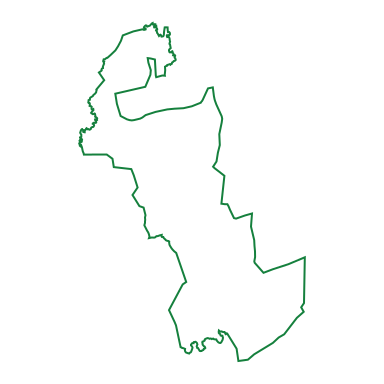 Maiyama, Kebbi, Nigeria
{"feature_id": "59680162B34961354684930", "entity_name": "Maiyama", "entity_type": "district", "adm_level": 2, "iso_a3": "NGA", "parent_name": "Nigeria", "parent_adm1": "Kebbi", "projection": "robinson", "projection_center": [4.24, 12.008], "detail": "fine", "context": "isolated", "style": "outline", "palette": "green", "viewbox_px": 384, "rotation_deg": 0, "n_neighbors": 0, "source": "geoboundaries", "source_scale": "gbopen_adm2", "svg_char_len": 5807}
<svg xmlns="http://www.w3.org/2000/svg" viewBox="0 0 384 384"><path d="M304.8,257.3L288.4,264.2L273.0,269.2L263.5,272.8L254.7,262.8L254.3,261.4L255.1,257.0L255.0,251.3L254.5,246.0L254.2,240.1L251.0,226.6L252.0,213.5L244.9,215.5L236.1,218.6L234.0,218.1L230.0,209.8L228.6,206.4L227.4,204.2L224.8,204.2L221.4,203.7L224.4,175.8L214.5,168.1L213.1,166.7L216.5,161.5L217.9,152.7L219.8,145.1L219.3,134.1L221.7,122.5L222.2,118.8L221.7,116.3L216.3,104.4L214.9,100.5L214.5,99.0L213.9,96.0L212.8,87.4L208.0,88.4L202.8,99.7L202.0,101.1L201.3,101.8L200.8,102.7L191.8,106.3L183.5,108.2L174.6,108.7L167.3,109.4L155.6,111.9L145.6,115.1L142.4,117.5L140.2,118.6L134.0,120.1L131.8,120.4L129.5,120.1L126.9,119.3L120.6,116.0L116.9,103.8L115.3,93.7L145.3,86.8L150.4,74.8L150.8,70.2L148.4,62.7L147.7,58.1L150.7,58.5L154.9,59.5L155.8,75.5L156.2,77.2L162.3,75.5L164.9,75.7L164.7,74.5L164.9,73.3L165.2,70.2L165.0,66.7L166.0,66.1L167.1,65.7L167.2,65.0L168.6,64.6L169.6,64.2L170.4,64.7L170.7,64.1L171.7,63.9L172.1,62.5L173.1,61.9L173.7,61.1L174.8,60.8L175.7,59.9L175.3,58.3L174.9,58.0L174.6,57.6L174.6,56.9L175.2,55.8L174.9,55.2L174.3,55.1L173.5,55.4L173.1,55.3L173.2,54.9L173.5,54.7L173.6,54.2L173.3,53.4L172.8,52.9L172.6,52.3L172.5,51.4L172.3,51.2L171.9,51.4L171.3,52.4L170.3,52.2L169.9,52.4L169.5,52.2L169.4,51.6L169.0,50.9L169.0,50.2L169.2,49.5L170.7,48.1L170.0,44.4L169.5,44.0L169.5,43.3L170.1,41.7L169.8,40.7L169.6,38.7L169.1,37.2L168.6,36.9L167.2,37.1L167.0,36.7L166.8,35.6L167.0,35.2L167.6,35.3L169.5,35.0L169.9,34.5L169.9,33.1L169.4,32.3L169.0,32.0L168.0,32.1L167.7,30.1L167.6,27.4L165.6,27.3L164.7,27.4L164.0,32.2L163.9,34.4L163.7,35.3L163.3,36.2L161.9,36.6L161.5,36.6L161.0,35.2L160.4,34.7L159.7,35.0L159.4,35.6L159.0,36.0L157.6,33.4L157.1,32.9L156.9,31.6L156.5,30.8L156.0,30.5L156.1,30.1L156.7,30.0L157.2,29.6L157.1,28.8L156.5,28.1L156.3,26.3L154.7,27.4L154.2,27.4L154.0,26.8L154.3,26.3L154.9,25.6L155.2,25.0L155.4,24.3L154.9,24.1L153.3,24.7L152.9,24.5L152.7,23.0L151.9,23.4L149.8,25.7L148.2,26.2L147.5,26.6L147.0,26.5L146.5,25.5L145.7,25.4L144.8,26.1L143.9,27.3L144.0,27.7L144.7,28.2L145.3,28.4L145.6,28.6L145.7,29.2L145.6,29.5L144.0,29.9L142.5,29.3L133.4,31.4L122.8,35.4L121.0,40.7L118.1,46.2L115.4,50.4L110.7,54.9L107.3,57.9L106.6,57.9L104.8,59.3L103.7,59.3L103.2,61.0L103.2,61.5L103.6,61.8L104.1,61.8L103.9,62.4L103.9,63.1L104.1,63.8L103.7,64.3L103.5,65.1L102.9,66.5L103.0,68.1L102.2,68.4L101.8,68.8L101.5,69.5L101.7,70.4L101.4,70.8L98.9,72.5L104.2,80.2L96.4,89.5L96.7,90.0L96.4,90.7L96.1,92.4L94.9,93.8L93.4,95.0L92.8,96.1L90.2,97.7L89.8,99.2L89.9,99.7L88.6,100.1L88.4,101.9L88.3,102.5L88.7,103.0L89.5,103.0L89.8,103.4L89.7,104.3L89.9,104.9L89.6,105.9L90.1,106.1L90.6,106.1L91.2,106.3L91.7,106.8L91.5,108.1L91.7,109.3L92.5,109.5L93.3,109.1L93.4,109.6L93.4,110.2L92.2,111.4L91.1,112.9L91.5,113.4L92.0,113.5L92.4,113.9L92.9,114.2L93.9,113.9L94.4,113.5L94.9,113.7L95.3,115.2L95.3,116.0L95.1,116.4L95.2,116.8L95.5,117.0L96.0,117.1L97.1,118.1L97.2,118.5L96.9,119.5L97.0,120.0L96.6,120.1L96.0,119.6L95.2,119.3L95.0,119.7L95.2,120.2L95.9,120.8L96.2,121.9L96.2,122.5L95.7,122.9L95.1,122.9L94.2,122.6L92.8,123.4L92.7,123.8L93.6,124.3L93.9,124.7L94.1,125.3L94.0,125.8L93.4,126.8L92.9,127.0L92.3,127.0L91.2,127.7L90.8,129.0L90.1,129.5L89.6,129.7L88.6,129.1L88.0,129.4L87.5,129.2L86.6,128.2L86.1,128.6L85.8,129.5L85.4,130.0L84.9,130.1L84.1,130.1L84.1,130.7L84.8,131.9L84.7,132.3L83.4,132.0L83.2,131.8L83.2,131.3L83.4,130.8L83.3,130.3L82.6,129.8L82.2,129.1L81.8,129.2L81.2,129.9L80.8,130.6L80.6,131.8L80.2,132.3L80.3,133.1L80.9,134.1L81.3,134.6L81.3,136.9L81.1,137.1L80.0,137.4L80.0,137.7L81.0,138.5L81.3,138.8L81.9,139.2L82.1,139.7L82.0,140.1L81.7,140.5L81.4,140.4L80.4,139.8L80.1,139.8L79.5,140.8L79.7,141.1L80.0,141.2L81.7,141.1L81.8,141.5L81.6,141.9L79.9,142.3L79.2,143.4L79.2,143.7L80.9,144.6L81.4,145.8L81.4,146.1L81.0,146.1L80.4,145.6L80.0,145.4L79.8,145.4L79.8,145.7L80.4,146.3L81.3,146.9L81.9,147.1L82.8,151.4L83.6,153.2L83.9,154.6L106.7,154.5L112.5,158.8L113.8,167.1L131.3,169.1L133.8,175.4L137.6,187.5L132.5,195.0L139.4,206.1L143.6,207.6L145.5,215.2L145.0,217.5L145.2,219.9L145.0,221.4L145.0,222.9L144.5,224.6L144.4,225.4L147.1,230.7L148.2,232.4L148.9,234.2L149.5,236.7L149.0,238.1L151.7,237.5L154.2,237.6L155.2,237.3L156.4,236.2L156.8,236.1L157.8,236.1L159.9,235.3L161.7,234.9L161.5,236.2L161.8,236.9L163.3,237.0L163.6,237.8L164.3,238.6L165.4,239.5L165.7,240.1L166.4,240.5L167.5,240.9L168.4,241.0L169.2,241.5L169.1,242.2L169.4,244.2L169.5,244.8L170.0,245.8L170.8,247.1L171.2,247.8L172.4,249.4L174.2,251.3L176.2,252.9L186.2,282.0L182.7,284.4L169.0,310.1L174.5,321.8L176.0,325.4L180.6,347.2L181.5,347.4L182.1,348.0L183.1,348.1L185.1,348.9L184.9,350.2L185.2,351.5L186.0,352.5L188.2,353.3L189.2,353.5L189.5,352.9L190.6,352.4L191.1,351.9L192.3,348.6L192.5,347.4L191.9,346.3L191.0,345.4L191.0,344.6L192.3,343.1L193.6,343.2L193.8,342.1L195.6,341.8L196.8,342.8L197.4,344.4L196.7,346.3L197.2,347.9L197.9,347.9L199.7,350.9L200.4,351.1L200.8,351.0L201.6,351.0L202.0,350.5L203.3,350.0L203.7,349.4L203.8,348.8L204.7,348.6L205.3,348.0L204.7,346.6L203.8,346.1L202.6,344.6L202.6,343.6L202.3,342.8L202.3,342.2L202.5,341.6L203.3,341.5L204.7,340.5L204.7,339.6L205.2,339.0L207.4,338.1L208.6,338.3L209.6,338.8L210.5,338.5L211.1,338.6L211.8,339.1L212.4,338.8L213.2,338.6L213.9,339.2L215.1,339.4L216.3,339.4L216.8,340.6L218.3,342.3L219.4,342.9L220.4,343.0L221.2,342.4L222.6,339.8L223.0,337.8L222.6,336.6L222.6,336.1L222.3,335.7L221.4,335.8L220.6,335.5L220.2,334.1L219.2,333.5L218.8,333.0L218.7,331.6L218.9,330.5L220.1,331.5L220.7,331.7L221.5,331.4L223.2,332.1L224.5,332.0L225.0,332.6L225.3,333.7L225.8,334.2L226.4,333.6L226.8,333.3L227.3,333.7L236.6,348.7L238.4,361.0L247.9,359.7L254.2,354.3L272.9,342.9L278.7,337.5L284.2,334.3L296.9,317.8L303.7,311.8L301.2,307.3L304.0,303.1L304.8,257.3Z" fill="none" stroke="#15803d" stroke-width="2"/></svg>